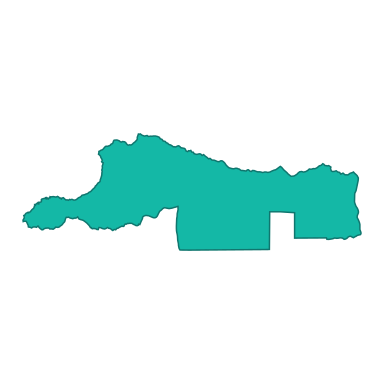 Cerejeiras, Rondônia, Brazil
{"feature_id": "56859067B66697352879536", "entity_name": "Cerejeiras", "entity_type": "district", "adm_level": 2, "iso_a3": "BRA", "parent_name": "Brazil", "parent_adm1": "Rondônia", "projection": "robinson", "projection_center": [-61.397, -13.184], "detail": "fine", "context": "isolated", "style": "filled", "palette": "teal", "viewbox_px": 384, "rotation_deg": 0, "n_neighbors": 0, "source": "geoboundaries", "source_scale": "gbopen_adm2", "svg_char_len": 5979}
<svg xmlns="http://www.w3.org/2000/svg" viewBox="0 0 384 384"><path d="M353.5,172.0L352.0,172.7L350.1,173.3L347.9,174.9L346.2,174.8L345.0,174.8L343.0,173.1L340.8,174.1L339.6,172.4L337.7,172.0L336.2,170.8L334.3,171.4L332.3,171.5L331.3,170.9L330.5,168.5L330.9,167.1L328.7,165.6L327.3,165.9L326.0,165.6L324.8,165.5L323.9,164.3L322.8,163.7L321.2,165.3L319.2,165.9L317.2,167.6L316.2,168.2L314.9,168.7L313.2,168.6L311.9,169.1L310.7,169.2L309.3,169.0L307.8,170.4L305.7,171.6L303.5,172.1L301.6,171.5L299.7,171.8L298.3,172.8L297.0,174.2L294.5,175.8L293.4,176.1L291.0,176.3L288.0,173.9L286.9,172.6L283.8,169.9L281.6,167.3L280.3,166.4L276.8,169.0L275.6,169.8L274.2,170.1L271.5,171.2L270.0,172.0L268.7,172.3L267.4,172.4L266.0,172.0L264.6,172.0L263.8,172.3L262.3,172.5L260.9,172.0L259.2,171.8L257.8,171.9L256.2,171.4L254.2,170.6L252.5,170.5L251.2,171.5L250.0,171.2L248.5,169.8L247.3,169.9L246.1,171.0L242.7,170.5L241.6,170.5L240.7,170.3L239.4,169.1L238.4,168.9L237.0,168.3L235.4,168.3L233.7,168.8L232.0,168.6L228.8,167.7L226.3,165.3L224.5,162.7L223.0,161.4L222.0,160.8L220.8,160.8L219.0,161.7L217.3,161.5L215.8,160.8L214.2,160.2L212.1,160.1L210.0,158.4L208.5,158.8L206.9,157.3L205.3,156.2L204.3,155.2L203.5,154.6L202.1,155.5L200.9,154.2L199.9,153.8L198.4,154.0L197.0,154.4L195.7,154.2L194.0,153.6L193.4,152.3L191.8,152.1L190.8,150.4L189.5,150.9L188.6,150.7L187.7,151.6L186.2,151.1L185.7,150.1L185.1,148.9L184.4,148.4L180.9,147.7L180.2,146.9L178.8,145.8L177.5,146.0L176.2,146.7L175.1,147.0L174.2,146.7L173.2,146.8L172.5,146.1L171.6,145.6L170.8,145.0L169.6,144.7L168.5,144.2L167.7,143.2L166.2,142.7L165.3,141.5L164.4,141.2L163.3,141.1L162.0,139.4L160.1,138.7L159.5,137.4L157.5,136.5L155.3,136.0L153.4,136.0L151.8,136.3L150.9,136.1L149.9,136.3L148.2,136.4L147.1,135.5L145.4,135.9L144.5,136.1L142.0,135.2L140.3,133.9L139.4,134.2L138.4,134.0L137.8,135.8L137.3,137.1L137.2,138.2L137.4,139.1L136.6,140.2L134.8,142.1L133.4,143.1L132.5,144.1L131.5,144.8L130.6,145.0L129.6,144.8L128.2,145.2L127.4,144.7L126.5,143.8L125.7,142.5L124.6,141.8L122.5,141.5L121.4,142.1L120.2,141.7L119.4,140.9L117.4,140.1L116.5,140.0L114.1,140.2L113.4,141.2L113.1,142.5L112.5,143.5L110.9,144.3L110.4,145.2L107.7,146.3L106.8,146.2L105.5,146.4L104.4,147.5L103.4,148.8L102.6,149.6L101.7,150.0L100.8,150.3L100.0,150.9L98.9,151.4L98.9,152.6L98.5,154.2L99.8,155.3L100.4,156.0L100.9,157.6L101.6,158.7L102.1,159.7L102.2,160.7L101.6,161.7L102.3,162.5L103.2,162.8L102.7,164.9L102.2,166.0L102.4,167.5L102.2,168.9L101.8,170.0L102.2,171.6L101.9,172.7L101.8,174.8L101.5,176.1L100.8,178.4L100.3,179.7L100.1,181.4L99.4,182.2L98.1,182.9L96.2,185.5L95.3,186.1L94.9,187.3L93.5,188.7L92.8,189.2L91.5,190.7L90.6,191.6L89.0,192.3L88.1,193.2L87.2,193.7L85.8,194.1L84.6,194.7L83.1,195.0L81.9,195.3L81.0,196.5L80.1,197.1L79.0,197.5L77.9,198.2L76.8,199.2L75.8,199.8L74.7,200.1L73.4,200.0L72.3,199.4L71.3,199.4L70.5,199.8L69.5,199.4L68.4,200.3L67.4,199.9L65.8,199.9L64.6,198.9L63.4,197.7L62.2,198.0L61.3,198.9L60.7,198.0L59.8,198.2L58.6,197.0L57.5,196.4L56.6,196.9L55.2,197.0L53.6,196.6L52.2,196.7L50.9,196.9L50.1,196.7L50.2,197.7L49.3,197.7L48.3,198.9L46.7,197.5L45.8,197.6L46.3,198.8L44.4,198.3L42.9,198.8L41.9,199.0L41.2,200.0L41.6,200.8L41.1,201.9L39.9,202.3L38.6,202.3L38.9,203.8L38.1,204.0L37.4,203.0L35.8,204.3L34.8,204.5L35.3,205.3L34.4,206.0L34.1,207.4L33.5,208.4L32.1,209.5L31.0,210.8L30.5,211.6L29.7,212.1L28.7,212.8L28.1,212.2L27.3,212.8L26.3,213.1L25.5,213.9L24.7,215.2L23.8,215.5L24.2,216.8L24.2,218.1L23.0,220.1L23.2,221.6L24.4,221.2L26.1,221.3L26.9,222.5L27.4,223.8L28.1,225.1L28.4,227.0L30.2,227.3L31.6,228.0L32.9,227.1L34.2,226.9L35.4,227.0L36.5,227.3L38.0,226.0L38.9,227.2L40.2,228.6L41.9,229.8L43.0,229.7L43.9,228.9L45.5,228.2L46.9,228.1L48.2,228.0L49.0,228.2L49.8,229.0L51.2,228.9L53.2,229.2L54.7,228.2L55.7,227.1L57.9,227.4L59.6,226.8L60.2,226.0L61.2,225.5L62.4,224.5L63.0,223.5L64.7,221.7L65.5,218.7L66.3,217.3L67.5,217.4L68.5,217.1L70.0,218.0L71.7,218.4L72.5,218.7L73.4,218.5L74.3,218.1L75.8,218.1L76.6,217.8L77.7,216.9L79.0,219.0L80.3,219.5L82.2,220.0L83.3,220.4L85.4,221.9L87.1,223.3L87.9,224.2L88.8,225.1L89.5,226.0L90.5,227.7L91.4,227.7L91.8,228.5L92.7,228.8L93.9,228.4L94.9,228.7L95.9,228.8L97.0,229.5L98.3,229.5L98.4,228.6L99.0,227.5L101.0,227.8L102.2,228.5L104.4,229.0L105.5,228.7L106.8,228.0L107.6,227.5L108.7,228.3L110.4,228.6L111.7,229.8L112.8,230.5L114.0,229.6L114.9,229.5L115.7,229.8L116.9,228.4L118.1,228.2L119.1,227.5L119.9,227.1L122.0,226.1L123.1,226.5L124.0,226.1L124.4,225.0L125.2,224.1L126.5,224.1L127.6,223.4L128.4,223.5L129.6,223.3L130.9,223.3L132.0,223.4L133.3,224.3L134.6,224.8L135.8,225.5L137.1,225.7L138.2,225.3L138.6,224.2L139.8,224.6L140.5,223.0L140.9,221.9L142.0,219.6L142.5,218.4L142.5,217.3L143.6,216.2L144.7,215.7L146.1,215.4L147.3,215.6L148.6,215.7L151.4,216.9L152.3,217.3L153.1,217.6L154.0,217.8L155.0,217.8L156.3,217.2L157.3,216.0L158.3,213.9L159.3,211.9L159.8,211.2L160.9,210.4L161.8,209.6L162.6,208.7L163.6,208.1L164.7,207.7L166.5,208.1L167.5,208.3L169.1,208.6L172.1,208.1L174.3,207.4L176.0,207.0L177.2,206.5L178.0,206.4L178.0,208.2L178.1,209.6L177.2,213.7L177.1,216.3L176.7,218.7L176.4,225.9L176.4,228.2L176.5,230.7L176.7,232.0L177.3,234.8L177.5,236.4L177.7,240.2L178.4,243.7L178.5,245.6L178.8,247.2L179.2,248.7L180.0,250.0L189.3,250.1L267.8,249.5L269.4,249.4L269.7,211.8L280.5,211.8L294.6,212.7L294.6,238.1L326.4,237.9L326.9,239.3L328.8,239.4L331.9,238.9L333.2,238.6L334.6,238.0L336.7,238.3L338.1,238.2L339.2,238.0L340.4,237.8L342.4,238.1L343.1,238.5L344.1,239.3L345.7,239.0L347.3,238.0L348.3,236.9L349.4,236.4L350.8,236.3L352.3,237.2L353.5,237.7L354.8,236.8L355.9,236.4L356.8,235.7L358.0,235.2L360.5,234.6L361.0,233.5L360.9,232.3L359.9,229.5L359.9,224.6L359.7,223.6L359.4,222.5L358.6,220.4L357.2,217.6L357.2,215.9L358.4,212.8L358.4,211.2L358.0,209.8L357.3,208.2L356.0,206.3L354.8,203.1L354.5,201.8L354.7,194.0L355.0,192.7L355.5,191.9L356.1,190.4L358.1,180.8L358.3,178.9L358.3,177.9L357.1,175.6L356.0,174.5L354.3,173.0L353.5,172.0Z" fill="#14b8a6" stroke="#0f766e" stroke-width="1.5"/></svg>